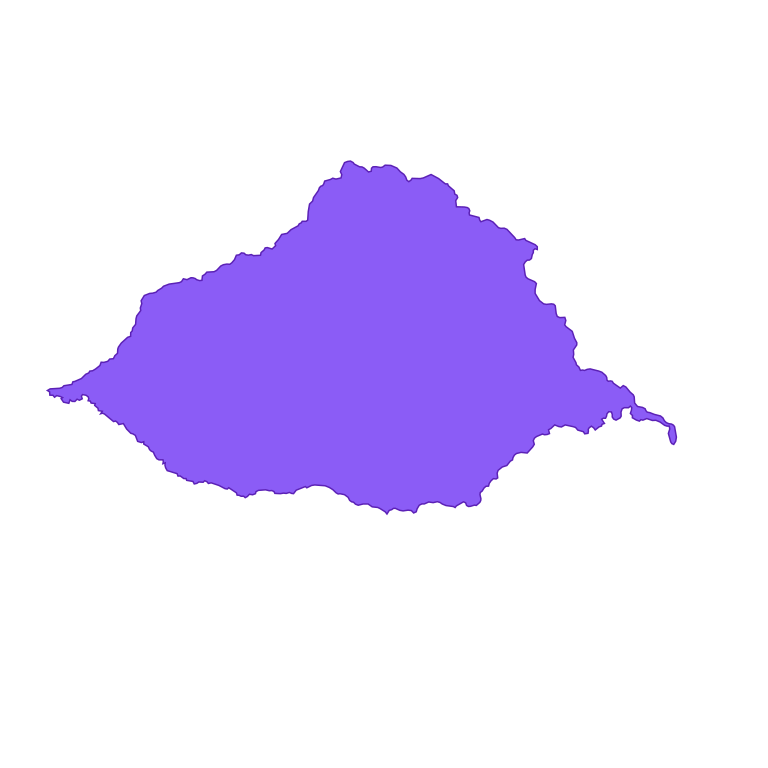 Dois Irmãos do Tocantins, Tocantins, Brazil, rotated 305°
{"feature_id": "56859067B267750606795", "entity_name": "Dois Irmãos do Tocantins", "entity_type": "district", "adm_level": 2, "iso_a3": "BRA", "parent_name": "Brazil", "parent_adm1": "Tocantins", "projection": "albers", "projection_center": [-49.064, -9.333], "detail": "fine", "context": "isolated", "style": "filled", "palette": "violet", "viewbox_px": 768, "rotation_deg": 305, "n_neighbors": 0, "source": "geoboundaries", "source_scale": "gbopen_adm2", "svg_char_len": 6171}
<svg xmlns="http://www.w3.org/2000/svg" viewBox="0 0 768 768"><g transform="rotate(305 384 384)"><path d="M500.3,654.0L500.7,656.0L504.4,655.8L508.2,654.0L515.7,646.5L516.3,644.7L516.1,642.5L514.9,640.2L514.3,637.5L514.7,634.8L516.2,631.9L516.4,628.8L514.2,623.0L513.0,618.1L511.9,615.8L512.4,613.8L513.5,612.1L513.1,609.2L511.0,604.6L512.2,600.2L517.0,596.3L518.1,594.4L518.5,590.4L520.3,583.8L519.9,580.9L516.2,579.9L516.2,571.5L517.1,569.4L516.4,567.7L514.9,566.2L515.1,564.4L517.1,562.7L518.1,560.7L518.6,555.7L517.8,552.5L514.6,544.2L512.5,542.0L510.2,540.6L509.3,538.6L507.8,537.1L509.7,533.9L510.1,530.6L511.6,529.0L514.3,523.6L517.1,522.4L520.5,519.6L526.5,519.5L528.4,518.3L530.7,513.8L535.1,508.0L535.4,500.2L536.1,498.1L540.3,496.5L542.3,493.9L539.2,489.9L538.7,487.2L540.5,484.6L546.3,479.4L546.7,477.3L545.7,475.2L542.4,471.4L541.2,468.8L541.5,463.5L544.9,455.8L548.1,453.6L553.7,451.2L554.2,448.7L552.8,441.7L553.0,439.1L554.2,437.2L561.9,429.9L565.1,429.7L567.6,430.3L569.0,432.1L571.3,432.8L575.1,431.2L577.2,431.0L579.2,429.6L581.4,430.1L582.1,432.4L584.4,430.8L584.8,427.9L583.0,417.8L583.8,415.8L579.1,411.6L577.9,409.5L578.9,407.1L581.2,396.0L580.6,393.1L578.5,390.4L577.7,388.1L579.2,380.4L578.7,376.6L577.8,374.0L572.5,370.3L573.1,368.5L574.9,366.3L571.5,357.1L572.9,355.6L575.1,354.9L576.4,352.8L576.3,351.0L575.0,348.2L570.7,341.7L575.3,337.6L579.0,337.4L580.4,335.6L580.2,333.0L582.5,330.7L583.3,323.1L584.4,321.3L583.1,319.5L583.6,310.9L582.6,302.4L575.3,298.0L573.0,295.8L568.6,289.1L566.7,289.2L564.0,288.3L564.1,285.7L566.0,283.1L567.1,280.1L567.2,275.7L568.3,270.7L567.0,264.3L563.9,259.4L560.8,258.4L559.4,257.0L557.4,252.8L555.6,250.4L553.6,250.0L551.0,251.5L548.8,249.7L549.5,243.9L549.2,241.5L547.9,239.4L547.1,233.5L547.7,231.7L547.4,228.7L545.4,226.5L542.7,224.7L533.0,226.4L531.3,229.3L528.2,230.6L524.3,227.1L523.2,224.0L520.8,222.8L516.2,219.0L513.3,219.9L511.3,219.9L509.8,218.8L507.8,218.5L504.7,219.3L496.4,219.3L492.9,220.6L488.7,219.8L481.9,223.0L474.5,227.5L472.6,226.9L470.4,223.7L468.4,223.7L466.6,222.7L464.3,222.9L457.1,219.3L451.9,218.3L447.8,214.4L441.9,214.7L436.6,214.1L435.1,215.9L430.4,214.9L428.8,210.1L427.3,208.6L425.0,208.9L421.2,207.9L418.6,209.0L414.3,203.5L413.9,201.0L411.9,199.2L410.6,196.7L410.9,194.4L409.6,192.0L406.8,191.3L404.8,189.2L400.1,190.2L396.0,189.8L393.6,189.0L392.1,186.5L389.6,184.0L387.0,182.6L381.0,181.7L378.5,180.4L374.0,174.7L371.2,174.4L368.4,173.3L364.5,175.4L362.9,173.6L362.0,170.8L362.1,168.8L361.4,166.6L360.3,164.9L356.5,162.8L355.1,159.3L351.7,159.4L349.6,158.2L342.6,150.7L337.6,147.3L335.0,146.9L330.8,145.0L328.6,144.7L325.7,142.4L323.8,140.1L319.0,136.9L312.9,137.3L310.9,139.5L306.5,140.8L304.6,142.6L298.0,142.4L295.3,143.4L290.4,146.3L285.8,146.0L283.1,147.3L280.9,147.0L277.7,149.1L275.2,147.2L266.8,145.3L261.9,145.3L259.9,145.9L256.3,148.1L252.9,147.3L249.5,147.8L247.1,145.0L244.1,144.7L241.0,142.1L239.6,139.8L236.2,140.7L230.8,139.1L227.7,137.7L225.8,135.6L223.7,135.8L220.9,134.1L214.9,133.0L208.7,129.2L207.4,127.9L204.6,128.6L199.0,122.8L196.6,122.4L194.5,120.8L188.5,113.3L185.6,112.0L185.8,114.5L183.2,116.7L184.9,119.3L184.2,121.7L186.8,122.6L188.1,126.1L188.5,128.5L186.8,127.9L185.3,131.9L187.4,136.9L191.0,135.9L190.9,138.5L192.4,140.8L195.5,141.3L196.0,143.8L198.8,145.3L200.5,143.1L202.4,143.1L203.9,146.4L203.8,149.1L202.6,150.6L200.6,151.2L201.5,153.3L200.4,155.0L202.3,158.7L200.5,159.3L200.1,163.6L198.4,165.3L200.1,168.9L197.2,169.0L198.6,170.1L199.1,172.3L198.1,184.0L199.7,185.4L199.6,187.7L198.7,190.0L202.1,193.2L199.5,199.0L198.4,204.9L199.1,206.8L199.3,209.8L195.7,215.1L196.9,218.9L198.9,220.3L197.0,221.7L197.4,226.9L195.8,229.6L195.5,231.7L195.9,234.2L194.1,237.0L192.5,240.7L192.8,243.2L195.1,246.4L193.8,247.8L191.9,248.6L193.9,250.0L191.8,251.2L190.1,253.2L188.7,256.1L191.9,266.0L190.4,268.0L191.8,269.9L191.7,274.3L193.0,276.1L191.9,277.6L194.6,283.4L193.3,285.9L195.3,287.7L197.5,288.5L199.8,292.2L201.9,292.6L202.4,295.0L201.8,297.2L203.9,299.1L206.2,306.9L207.1,313.8L208.1,315.9L210.0,316.3L210.2,325.6L208.7,327.4L209.7,329.1L210.1,331.4L211.6,333.4L211.3,335.5L213.5,336.6L216.5,337.0L217.9,339.9L220.4,341.6L222.4,340.9L224.8,342.1L229.4,347.7L230.8,351.3L232.4,353.3L232.8,355.6L231.8,357.3L233.0,359.3L234.8,362.1L237.0,364.3L238.3,366.7L240.9,368.7L241.4,371.1L242.3,372.8L246.7,373.0L254.9,378.4L254.7,380.3L259.4,382.9L261.6,385.2L266.9,394.2L267.9,398.6L268.1,402.8L267.4,407.2L267.6,409.5L268.9,410.9L270.7,415.1L270.6,419.6L269.0,422.6L268.9,425.0L269.7,426.9L269.2,429.5L269.9,432.4L273.7,435.7L276.6,439.8L276.6,444.8L279.3,449.7L279.7,452.2L280.0,458.3L279.2,461.0L283.5,460.8L285.5,462.4L287.4,463.0L288.6,464.5L289.6,469.4L291.0,472.4L294.5,476.1L296.0,479.0L295.4,482.3L297.8,483.7L300.8,482.7L304.9,482.4L307.5,483.8L309.0,485.9L313.0,488.3L315.0,492.3L318.2,495.2L319.1,497.9L319.1,500.5L320.0,504.5L323.4,511.1L323.6,513.1L325.7,513.2L333.1,516.7L333.5,519.0L331.9,521.3L332.1,523.4L333.4,525.0L336.6,527.5L337.5,529.3L342.0,530.4L344.0,530.1L345.6,529.2L348.5,526.0L350.3,525.1L352.6,525.8L356.2,525.6L358.7,526.2L360.3,528.2L363.0,527.2L366.1,527.2L369.2,527.9L370.5,530.3L372.3,531.0L375.9,527.8L378.7,527.0L383.9,528.5L387.7,531.4L393.2,531.7L395.5,532.8L397.6,531.9L400.6,531.6L403.1,532.4L406.6,535.5L409.6,540.9L417.8,541.9L420.8,541.7L423.2,538.8L426.0,538.3L428.5,539.1L433.9,542.5L434.5,544.6L436.2,546.6L438.3,548.0L440.9,545.0L443.2,546.2L448.4,547.3L449.4,551.6L450.6,554.0L454.4,555.9L457.5,563.3L458.3,565.8L457.4,569.2L459.3,574.7L458.3,577.0L460.6,579.4L462.6,578.5L464.0,577.3L465.9,577.2L468.4,578.1L468.4,580.8L467.5,583.4L472.3,584.8L474.3,586.3L476.1,585.7L478.1,587.2L480.0,582.5L481.8,583.3L483.0,585.1L485.1,584.8L487.6,583.7L490.3,584.0L491.5,586.4L489.9,588.5L487.9,589.9L487.0,592.2L487.5,594.8L491.8,596.9L493.7,596.7L497.0,594.2L500.3,593.3L502.5,594.5L504.8,597.9L507.2,598.5L506.8,600.4L504.5,601.7L501.2,602.7L500.7,605.6L498.8,606.8L499.2,611.4L500.1,614.5L502.1,614.9L502.9,616.8L506.4,619.1L508.1,624.8L510.2,627.5L511.2,632.0L511.1,637.6L511.8,639.9L513.1,641.9L511.0,643.9L506.6,645.3L501.0,652.1L500.3,654.0Z" fill="#8b5cf6" stroke="#5b21b6" stroke-width="1.5"/></g></svg>